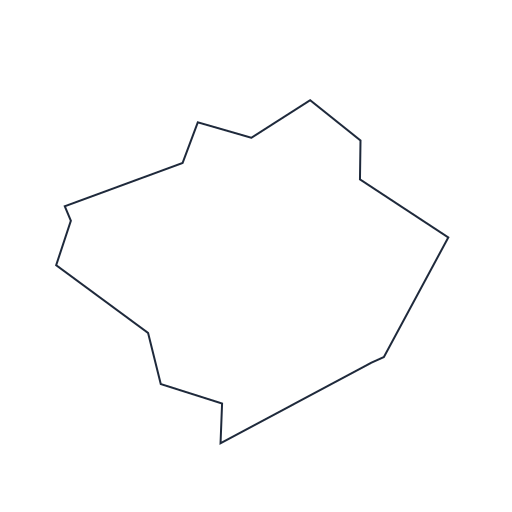 Canal/Pigi, Jonglei, South Sudan, rotated 321°
{"feature_id": "79223893B17498067697092", "entity_name": "Canal/Pigi", "entity_type": "district", "adm_level": 2, "iso_a3": "SSD", "parent_name": "South Sudan", "parent_adm1": "Jonglei", "projection": "robinson", "projection_center": [31.43, 9.096], "detail": "fine", "context": "isolated", "style": "outline", "palette": "slate", "viewbox_px": 512, "rotation_deg": 321, "n_neighbors": 0, "source": "geoboundaries", "source_scale": "gbopen_adm2", "svg_char_len": 368}
<svg xmlns="http://www.w3.org/2000/svg" viewBox="0 0 512 512"><g transform="rotate(321 256 256)"><path d="M278.5,411.5L291.8,415.0L417.1,362.6L385.0,261.9L409.9,232.0L396.1,169.0L326.8,161.2L294.9,115.5L257.5,137.5L138.7,97.0L134.3,112.1L94.9,137.4L123.7,247.9L101.4,295.6L136.8,349.3L110.6,379.2L278.5,411.5Z" fill="none" stroke="#1e293b" stroke-width="2"/></g></svg>